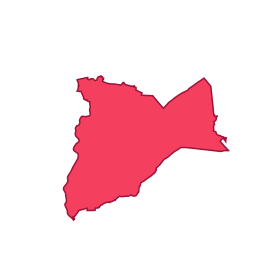 Darmanesti, Suceava, Romania, rotated 63°
{"feature_id": "2599482B2984859912538", "entity_name": "Darmanesti", "entity_type": "district", "adm_level": 2, "iso_a3": "ROU", "parent_name": "Romania", "parent_adm1": "Suceava", "projection": "orthographic", "projection_center": [26.129, 47.745], "detail": "fine", "context": "isolated", "style": "filled", "palette": "rose", "viewbox_px": 256, "rotation_deg": 63, "n_neighbors": 0, "source": "geoboundaries", "source_scale": "gbopen_adm2", "svg_char_len": 5676}
<svg xmlns="http://www.w3.org/2000/svg" viewBox="0 0 256 256"><g transform="rotate(63 128 128)"><path d="M185.2,218.4L184.8,217.6L185.1,217.2L184.9,217.0L184.6,216.9L183.9,216.8L183.7,216.9L183.7,217.3L183.5,217.6L183.0,217.7L182.6,217.8L182.2,217.5L182.0,217.1L182.3,216.7L182.5,216.1L182.4,215.5L182.3,215.1L182.2,214.9L181.8,214.1L181.0,212.5L180.6,211.6L180.2,210.9L179.9,210.5L179.8,210.4L179.9,210.1L179.7,210.0L179.4,209.8L179.2,209.6L179.7,206.6L180.6,202.3L180.9,200.9L183.0,201.9L186.4,194.8L184.5,193.5L185.6,191.3L185.2,191.1L185.3,191.0L185.6,190.3L185.6,190.0L185.6,189.7L185.3,189.1L185.2,188.7L185.1,188.4L184.5,188.1L184.4,188.0L184.4,187.8L184.5,186.9L184.4,186.1L184.4,185.9L184.7,185.6L184.6,185.2L184.2,184.6L184.2,184.3L184.2,184.1L184.3,183.5L184.2,182.9L184.3,182.7L184.4,182.2L184.5,181.8L184.5,181.3L184.6,180.5L184.7,180.2L184.8,180.1L185.0,179.8L185.2,179.1L185.4,179.0L185.5,178.7L185.8,178.5L185.8,178.4L186.0,178.1L185.9,178.0L186.0,177.9L185.9,177.4L185.8,177.1L186.0,176.8L186.2,175.5L186.2,175.2L186.1,174.9L186.2,174.6L186.3,174.2L186.3,173.8L186.2,173.6L186.4,173.0L186.4,172.9L186.2,172.8L186.4,172.3L186.5,172.2L186.3,172.0L186.0,171.9L186.1,171.4L186.0,171.0L185.9,170.7L185.8,170.3L185.7,170.1L185.5,169.6L185.3,169.3L185.3,168.3L185.3,168.2L185.0,167.6L185.0,167.3L185.0,166.8L185.1,166.5L186.1,165.1L186.8,163.8L187.3,162.1L188.4,159.8L188.8,158.4L189.1,157.7L189.0,156.5L189.0,155.8L190.7,154.6L191.3,153.7L191.7,152.8L191.9,151.7L191.6,150.7L191.2,150.2L190.8,149.7L190.5,148.9L189.8,147.4L187.3,146.0L185.7,144.8L185.1,143.6L184.6,143.0L183.6,142.4L182.6,141.1L182.5,138.1L181.6,133.0L181.1,128.8L180.4,126.6L180.3,125.2L179.5,123.5L178.2,121.8L176.8,121.1L176.4,120.8L176.2,120.1L176.0,118.8L175.6,118.2L175.4,116.8L174.2,114.2L173.7,113.1L172.1,109.6L172.1,109.4L172.3,108.7L172.4,108.0L172.0,106.0L171.8,104.7L171.5,103.3L171.1,102.6L170.9,101.9L170.5,98.9L170.3,98.3L170.2,97.7L170.0,96.8L170.0,95.6L169.9,94.0L169.8,93.2L169.4,90.0L169.5,89.7L169.7,89.2L170.5,87.6L171.7,85.3L173.4,82.6L184.4,65.9L191.0,56.0L191.8,52.8L192.2,51.7L192.5,51.2L193.3,49.7L194.1,48.1L193.3,48.7L192.9,48.9L191.8,49.3L189.6,49.8L188.1,50.4L186.0,50.8L183.9,51.4L181.6,51.8L180.0,47.8L184.4,47.1L184.2,47.0L183.6,46.8L182.7,46.0L182.4,45.7L181.9,45.3L181.2,45.0L181.0,45.3L181.2,45.5L181.2,45.8L180.9,46.2L180.7,46.4L180.4,46.6L179.6,46.8L179.3,47.0L179.0,47.6L178.4,48.0L177.8,48.7L177.0,49.1L176.9,49.2L176.9,49.4L176.9,49.5L176.5,49.6L176.2,49.8L175.8,50.4L175.2,50.9L174.9,51.3L174.5,51.5L173.5,51.9L173.1,51.9L172.3,51.6L171.8,51.4L171.0,51.8L169.1,53.2L168.8,52.8L168.4,52.3L168.0,52.1L166.4,51.6L165.7,51.3L165.6,51.2L165.4,51.1L165.3,50.8L164.8,50.4L164.5,50.1L164.5,49.9L164.2,49.5L164.0,49.3L163.8,49.1L161.4,49.0L161.4,47.4L161.3,47.0L160.8,46.0L158.5,44.1L158.1,43.2L157.7,43.2L157.3,45.4L155.8,45.0L155.5,45.7L144.2,41.3L140.4,39.9L133.4,37.2L129.6,35.7L128.4,35.3L119.8,37.2L119.8,37.3L118.1,37.6L118.4,40.1L118.6,41.3L118.9,44.2L119.0,45.1L119.2,46.3L119.3,47.4L119.6,48.7L119.9,50.4L120.2,53.1L120.6,55.6L120.8,56.3L121.5,57.8L121.4,61.4L121.3,63.7L121.8,68.7L122.2,71.9L122.8,74.8L123.2,76.5L123.6,79.4L123.9,80.5L124.6,82.1L125.0,83.3L126.5,87.5L125.6,87.7L120.4,89.1L115.5,90.2L110.4,91.4L109.3,93.5L108.3,95.0L107.9,95.9L106.7,98.0L105.3,100.3L104.7,101.2L103.1,99.6L100.2,101.9L97.8,103.8L95.9,102.5L95.2,102.8L94.2,103.4L93.6,103.4L93.3,103.3L93.2,103.3L93.1,103.6L93.3,104.0L93.8,104.5L93.0,104.9L92.5,105.4L92.1,105.9L92.1,106.5L92.0,106.8L91.8,107.0L91.2,107.2L90.7,107.5L90.4,108.2L90.1,108.7L89.3,109.3L88.6,110.1L87.6,110.9L87.3,111.0L87.0,111.4L86.8,111.5L86.7,111.4L86.3,110.9L85.7,111.1L85.3,111.6L85.2,111.8L85.3,111.9L86.0,113.5L86.6,114.5L86.2,115.2L84.1,118.1L84.0,118.4L83.5,118.9L82.2,120.9L80.5,124.0L80.2,124.5L78.8,126.1L77.8,127.1L74.9,129.6L73.3,128.3L73.6,127.9L72.6,127.1L72.2,127.5L71.3,128.0L70.8,127.6L70.0,128.1L69.7,128.2L69.8,128.5L69.3,128.7L69.2,128.9L69.3,129.9L69.3,130.5L69.0,131.0L69.0,131.5L69.2,132.0L70.2,133.3L71.2,133.9L70.9,134.8L70.8,135.7L70.8,136.0L70.7,136.1L70.4,136.2L68.6,136.6L68.2,136.9L67.8,137.6L67.8,137.9L67.5,138.2L67.4,138.4L67.3,138.7L67.3,138.9L67.4,139.3L67.5,139.5L67.6,140.0L67.3,140.8L67.0,140.9L66.8,141.1L66.2,141.8L64.8,140.9L64.6,141.2L64.8,141.5L64.7,141.8L64.3,142.3L64.2,142.5L64.0,142.9L63.9,143.6L63.7,144.9L62.9,147.1L62.8,147.9L62.7,148.6L62.4,149.3L61.9,151.4L62.4,151.6L63.4,151.7L64.9,151.7L66.4,152.3L68.2,152.6L68.0,153.3L68.4,153.4L69.0,153.7L70.1,154.5L71.0,155.2L71.7,156.0L72.0,156.6L72.9,155.4L73.2,155.0L74.1,153.2L75.6,153.4L81.0,153.7L81.4,153.9L81.9,154.4L84.4,152.7L84.0,152.2L84.9,151.6L85.3,151.9L86.5,151.2L87.6,150.1L88.4,150.7L90.2,151.5L92.0,152.0L93.5,153.3L94.4,154.0L95.6,154.5L97.5,154.9L98.2,155.2L99.0,155.6L99.4,156.2L99.6,157.2L98.9,159.4L98.8,160.6L97.2,162.7L96.7,163.6L97.1,165.0L98.2,166.7L99.2,167.7L101.4,168.5L102.3,169.4L103.2,170.8L103.0,171.8L102.8,172.8L104.0,174.7L105.0,175.3L106.7,175.6L107.8,176.5L109.2,177.7L111.2,178.2L112.5,177.9L115.2,177.1L116.3,177.2L117.4,177.5L117.9,178.0L118.3,180.0L118.5,181.3L120.0,184.1L120.9,185.3L122.0,186.2L122.9,186.5L124.2,186.2L127.9,184.3L129.0,184.3L129.6,184.7L131.2,185.6L132.6,186.7L133.6,188.3L137.7,194.6L138.3,195.5L139.9,197.4L140.9,198.8L142.9,202.2L144.1,204.0L145.3,204.7L147.1,205.1L148.2,205.9L149.5,207.4L151.5,211.8L152.2,212.7L153.4,213.3L155.5,213.3L157.6,213.2L159.4,214.0L163.8,215.4L165.6,216.3L166.4,217.3L167.2,218.9L169.6,219.4L170.9,219.4L171.7,219.4L173.3,219.4L174.0,219.6L175.1,220.0L175.8,220.4L176.8,220.7L177.7,220.7L179.2,220.4L182.0,219.3L182.8,218.9L184.0,218.6L185.2,218.4Z" fill="#f43f5e" stroke="#9f1239" stroke-width="1.5"/></g></svg>